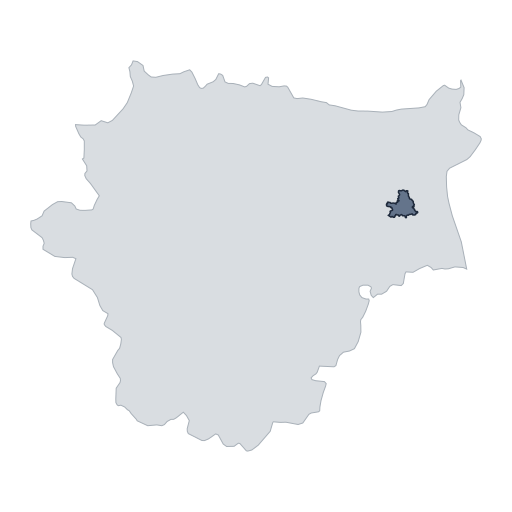 location of Zel'va, Grodno, Belarus, rotated 180°
{"feature_id": "67162791B91505134452571", "entity_name": "Zel'va", "entity_type": "district", "adm_level": 2, "iso_a3": "BLR", "parent_name": "Belarus", "parent_adm1": "Grodno", "projection": "mercator", "projection_center": [24.857, 53.119], "detail": "fine", "context": "in_parent", "style": "filled", "palette": "slate", "viewbox_px": 512, "rotation_deg": 180, "n_neighbors": 0, "source": "geoboundaries", "source_scale": "gbopen_adm2", "svg_char_len": 6993}
<svg xmlns="http://www.w3.org/2000/svg" viewBox="0 0 512 512"><g transform="rotate(180 256 256)"><path d="M436.5,387.4L427.6,386.8L416.8,387.0L410.8,391.3L404.2,389.2L399.6,391.6L388.9,403.2L384.7,409.4L380.8,418.9L378.4,426.0L379.7,430.9L381.7,435.5L382.1,440.4L383.1,444.3L380.5,447.1L378.9,451.1L374.5,450.4L369.0,446.5L367.8,440.9L363.6,437.0L360.8,435.0L356.2,434.7L348.9,436.5L339.3,437.9L332.1,438.3L328.2,440.2L322.3,442.2L320.1,439.9L316.9,433.5L314.2,427.2L312.4,424.4L310.8,423.6L308.8,423.8L306.6,425.8L304.9,427.8L298.9,430.2L296.2,432.5L293.3,438.3L291.3,437.9L289.3,436.6L287.0,430.1L283.8,428.6L278.8,428.5L272.5,427.1L267.4,425.1L265.5,425.6L262.5,428.4L259.2,428.8L252.0,426.3L250.6,427.4L246.5,434.6L244.5,435.0L243.4,434.1L244.0,427.8L239.9,425.6L232.8,425.2L227.9,426.1L225.5,425.9L224.2,424.7L218.2,414.1L215.0,413.4L209.2,414.0L200.8,412.7L191.0,410.3L185.6,409.4L182.8,407.1L176.8,406.2L160.7,401.8L154.1,401.0L144.4,400.9L129.6,399.9L120.1,400.5L115.7,401.9L110.6,402.9L93.1,404.1L86.8,405.3L85.0,407.5L82.9,412.4L75.7,420.8L68.7,426.4L67.4,426.8L63.3,423.9L59.9,422.9L55.8,422.6L53.0,423.5L51.2,424.9L51.4,431.4L51.0,431.9L47.9,424.3L48.2,417.3L49.9,413.3L52.0,409.7L51.1,404.3L53.2,397.2L53.3,392.0L52.4,389.8L50.7,387.2L46.1,384.3L44.1,382.1L37.9,379.1L31.8,375.4L30.7,373.1L31.0,371.5L32.1,369.1L36.8,362.1L41.9,355.3L45.1,352.5L62.4,343.8L65.0,340.7L65.7,335.5L65.4,325.0L64.4,315.3L63.0,308.7L59.7,296.2L50.7,270.1L45.3,242.9L48.9,244.5L57.1,245.1L63.7,243.2L67.1,243.0L70.1,243.6L78.7,242.0L80.9,244.5L84.7,246.7L92.3,243.5L99.0,239.7L106.0,240.1L107.0,238.2L108.7,228.5L110.8,226.4L119.1,227.4L122.2,225.6L125.4,220.8L130.4,217.8L134.5,217.8L138.7,214.4L140.8,216.7L141.9,220.7L140.5,223.9L141.1,225.2L144.0,226.8L149.1,226.8L152.4,225.4L153.1,223.6L153.1,220.2L152.3,217.1L150.1,214.4L146.1,213.0L143.3,213.0L142.8,211.3L143.8,207.6L146.3,200.8L149.3,194.7L151.2,192.4L151.5,190.3L151.2,186.5L151.1,179.8L153.8,170.4L157.6,163.3L162.5,161.0L168.6,159.8L172.5,156.4L174.4,152.5L176.1,146.4L178.0,145.2L192.6,145.9L194.8,139.8L196.1,138.1L198.9,136.3L200.9,134.1L200.1,132.4L196.4,131.3L187.6,130.4L185.8,128.4L186.4,125.9L188.7,119.6L191.0,111.4L192.1,105.0L192.3,101.2L193.5,100.2L200.7,99.0L203.1,97.7L209.2,89.0L213.9,87.5L226.1,89.8L231.6,89.6L238.7,90.2L239.3,89.3L241.8,80.7L253.8,66.8L260.2,62.0L264.3,60.9L265.7,61.2L272.1,68.5L273.7,68.8L277.9,65.7L285.4,65.5L288.8,68.0L293.7,77.0L296.3,78.1L303.5,73.1L307.5,71.4L310.1,71.5L323.7,78.4L324.7,80.7L324.8,83.3L322.7,91.4L325.5,96.4L328.7,99.8L335.7,94.2L338.3,92.7L341.1,92.6L344.9,90.5L347.6,87.4L350.2,86.3L355.2,87.1L364.3,86.3L374.8,91.2L375.7,92.7L380.9,98.5L382.8,101.3L384.5,102.2L387.3,105.0L391.1,106.8L393.7,106.3L394.9,107.2L396.1,109.4L396.2,113.1L395.8,123.8L392.0,129.4L391.5,131.3L391.7,133.6L394.7,138.2L398.5,145.3L399.4,149.4L399.4,152.5L394.2,161.6L392.4,163.7L391.2,168.1L390.6,172.6L391.0,174.5L399.7,181.6L406.2,185.5L407.7,187.4L407.8,188.6L404.3,196.2L404.0,198.3L409.2,201.4L412.1,206.4L414.6,214.5L419.5,222.3L437.9,233.6L439.5,235.6L440.1,238.0L439.5,243.3L436.1,253.3L439.3,254.7L447.3,254.4L457.2,255.6L469.0,262.7L469.0,265.8L467.8,268.7L468.6,271.7L469.9,274.3L480.1,282.1L481.1,284.4L481.3,288.2L481.0,291.0L478.2,291.6L475.0,292.9L469.9,296.2L467.9,300.9L459.6,307.4L454.4,310.3L450.3,310.5L440.6,309.2L437.2,306.0L435.8,303.0L432.0,301.7L427.1,301.6L420.2,302.1L418.8,303.0L417.7,306.6L414.8,312.7L412.7,316.2L421.4,328.3L425.8,333.3L427.2,336.4L427.1,338.5L425.0,341.1L425.3,346.2L429.6,353.0L428.1,354.0L427.7,362.3L427.7,371.1L428.9,373.2L431.2,375.0L433.1,378.2L436.3,385.5L436.5,387.4Z" fill="#d9dde1" stroke="#a8b0b8" stroke-width="1"/><path d="M121.0,294.9L120.6,295.1L120.3,295.3L120.1,295.5L119.7,295.5L119.4,295.2L119.0,294.9L118.5,294.7L118.2,294.7L117.5,294.8L117.3,295.2L117.5,295.5L117.5,295.8L117.3,296.0L116.9,296.1L116.6,296.2L116.3,296.6L116.3,296.9L116.3,297.4L115.9,297.5L115.4,297.5L115.0,297.3L114.5,297.0L114.2,297.0L113.7,297.0L113.5,296.8L113.4,296.5L113.1,296.1L112.9,295.8L112.5,295.9L112.5,296.2L112.3,296.4L112.0,296.7L111.7,296.9L111.4,297.0L111.0,297.2L110.7,297.4L110.3,297.3L109.9,297.0L109.8,296.8L109.6,296.5L109.2,296.2L108.4,296.3L107.7,296.3L107.2,296.2L107.0,295.9L106.8,295.5L106.8,295.1L106.7,294.8L106.4,294.4L105.9,294.3L105.6,294.6L105.7,295.0L105.8,295.3L105.7,295.6L105.6,295.9L105.4,296.2L105.1,296.6L104.9,296.8L104.5,296.9L104.1,296.9L103.7,296.8L103.2,297.1L102.9,297.5L102.7,297.6L102.1,297.6L101.5,297.6L101.1,297.7L100.7,297.9L100.3,298.0L99.8,298.1L99.6,297.9L99.5,297.5L99.4,297.2L99.0,297.0L98.8,297.0L98.0,297.1L97.5,297.0L97.0,297.2L96.6,297.3L96.3,297.5L96.2,298.1L96.2,298.4L96.0,298.7L95.8,298.9L95.4,298.8L94.9,299.0L94.5,299.2L94.3,299.6L94.4,300.0L94.6,300.4L95.4,300.5L95.9,300.5L96.2,300.6L96.6,300.8L96.8,301.1L97.0,301.4L97.3,301.6L97.4,301.9L97.4,302.6L97.7,302.9L98.0,303.0L98.3,303.3L98.4,303.8L98.4,304.2L98.8,304.3L99.0,304.2L99.4,304.2L99.6,304.6L99.7,304.9L99.5,305.3L99.3,305.5L98.9,305.6L98.4,305.6L98.0,305.8L98.2,306.2L98.3,306.5L98.0,306.8L97.7,307.1L97.7,307.4L97.9,307.6L98.1,307.9L98.3,308.2L98.4,308.6L98.6,309.0L98.8,309.6L98.7,310.2L98.9,310.8L99.4,311.2L99.8,311.7L100.2,312.0L100.3,312.5L100.9,312.8L101.2,312.8L101.7,312.9L102.2,313.1L102.5,313.4L102.6,313.7L102.6,314.2L102.7,314.6L102.9,314.9L103.2,315.3L103.5,315.7L103.5,316.2L103.6,316.8L103.6,317.3L103.6,318.4L104.2,318.7L104.5,319.2L104.5,319.6L104.3,320.2L104.3,320.7L104.3,321.1L105.0,321.3L105.7,321.2L105.9,320.7L106.2,320.4L106.8,320.8L107.3,321.0L107.7,321.3L108.1,321.8L109.2,321.9L109.6,321.7L110.4,321.3L110.9,321.2L111.9,321.3L112.6,321.5L113.2,321.3L113.4,321.1L113.5,320.3L113.5,319.4L113.1,318.8L112.8,318.5L112.6,318.0L112.4,317.5L112.5,317.0L112.8,316.5L113.2,316.1L113.6,315.9L113.6,315.4L113.6,315.1L113.4,314.8L113.2,314.6L113.2,314.0L113.5,313.7L113.9,313.5L114.2,313.4L114.2,313.1L114.1,312.8L114.0,312.4L113.8,312.2L113.6,312.0L113.1,311.6L113.0,311.4L113.1,311.1L113.5,311.0L113.7,310.9L114.0,311.1L114.4,311.3L114.6,311.2L114.8,310.7L114.6,310.4L114.4,310.3L114.3,310.0L114.4,309.8L114.9,309.6L115.1,309.5L115.3,309.4L115.6,309.3L115.9,309.2L116.1,308.9L116.0,308.7L115.9,308.4L116.0,308.0L116.7,308.3L117.1,308.6L118.0,308.9L118.6,308.9L119.2,308.9L119.9,308.8L120.6,308.7L121.4,308.8L121.6,309.2L121.9,309.5L122.6,309.6L123.2,309.6L123.7,309.9L124.4,309.8L124.6,309.4L124.5,308.9L124.6,308.3L125.2,308.3L125.5,307.7L125.5,307.1L125.4,306.8L125.4,306.3L125.2,306.1L124.9,305.8L124.5,305.6L124.1,305.7L123.6,305.5L123.3,305.4L122.9,305.4L122.4,305.4L121.7,305.1L121.4,305.2L121.0,304.9L121.1,304.4L120.8,304.2L120.2,304.2L119.9,303.8L119.9,303.3L119.7,302.9L119.5,302.5L119.4,302.1L119.6,301.7L119.9,301.6L120.2,301.4L120.8,301.2L121.3,301.1L121.7,300.9L121.9,300.6L121.6,300.0L121.6,299.5L121.8,299.1L122.1,298.8L122.2,298.4L122.2,298.0L122.5,297.5L122.9,297.2L123.6,296.7L123.2,296.4L122.8,296.0L122.2,295.7L121.5,295.2L121.0,294.9Z" fill="#64748b" stroke="#1e293b" stroke-width="1.5"/></g></svg>